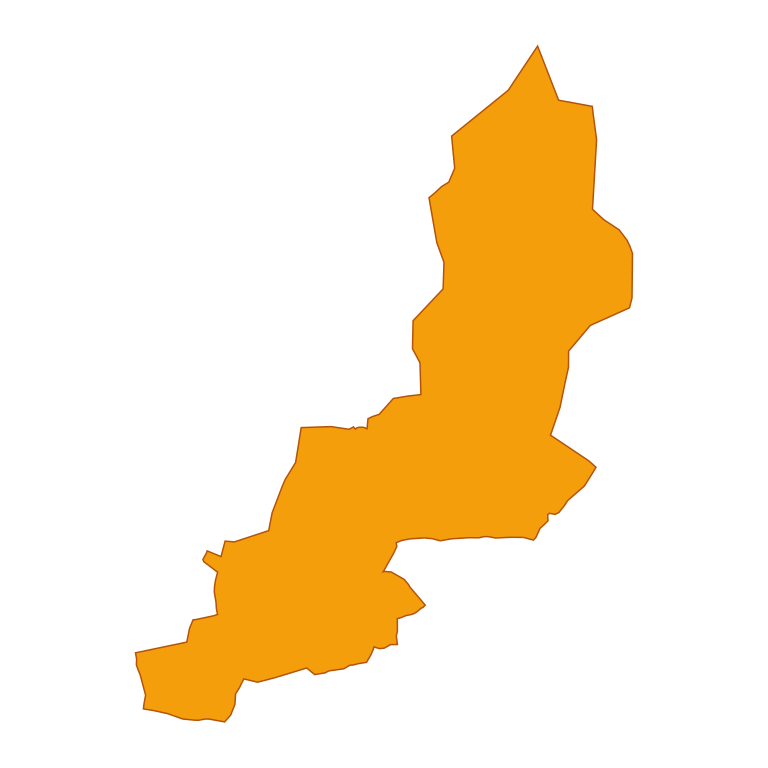 Dunukofia, Anambra, Nigeria
{"feature_id": "59680162B76413580563978", "entity_name": "Dunukofia", "entity_type": "district", "adm_level": 2, "iso_a3": "NGA", "parent_name": "Nigeria", "parent_adm1": "Anambra", "projection": "orthographic", "projection_center": [6.949, 6.223], "detail": "fine", "context": "isolated", "style": "filled", "palette": "amber", "viewbox_px": 768, "rotation_deg": 0, "n_neighbors": 0, "source": "geoboundaries", "source_scale": "gbopen_adm2", "svg_char_len": 2110}
<svg xmlns="http://www.w3.org/2000/svg" viewBox="0 0 768 768"><path d="M135.5,652.8L136.6,659.1L136.4,664.9L137.8,669.0L140.2,674.9L142.9,685.0L145.6,695.2L144.0,703.9L143.4,708.9L153.3,710.5L167.8,713.7L182.7,719.0L193.9,720.1L198.3,720.3L205.4,719.0L209.2,719.1L224.6,721.9L230.6,715.2L234.9,704.5L235.6,693.8L239.3,688.0L243.8,678.9L257.5,682.2L274.2,677.9L306.7,668.0L314.7,674.6L325.0,672.9L328.9,670.9L343.8,668.8L349.9,665.2L353.2,665.0L358.6,663.6L366.2,662.4L366.6,662.2L370.9,654.8L373.3,649.4L373.9,646.9L379.4,648.6L384.1,648.2L388.5,645.8L390.5,644.6L397.4,644.5L396.3,636.0L397.4,631.3L397.3,618.5L399.5,618.2L406.3,615.5L411.0,614.6L414.0,613.6L416.7,612.0L421.2,608.2L422.9,607.5L425.2,605.1L409.6,586.7L408.8,584.9L404.2,579.4L391.2,572.0L384.6,571.4L383.2,571.8L393.8,553.0L396.8,546.5L396.2,542.7L401.7,540.5L409.8,538.9L424.4,537.9L432.4,538.7L440.2,540.8L451.6,538.8L462.8,538.1L469.2,537.7L479.0,537.8L484.1,536.6L488.6,536.7L495.5,538.0L510.5,537.3L523.5,537.4L533.4,540.1L535.8,537.6L538.8,531.2L539.8,528.6L545.0,523.8L548.0,520.8L547.7,514.5L549.6,513.3L555.0,514.4L558.9,512.5L564.7,505.2L567.6,500.6L584.4,486.0L590.9,475.7L596.0,467.3L589.0,461.0L550.5,435.2L560.0,407.4L564.7,384.5L568.5,367.2L568.6,351.1L590.3,325.4L629.5,307.8L632.0,298.0L632.5,253.5L629.8,246.0L627.0,240.2L619.2,229.9L603.8,219.7L592.5,209.3L596.6,139.6L593.2,114.2L592.3,106.4L558.6,100.2L537.6,46.1L508.2,90.3L451.6,136.1L454.7,168.3L448.8,182.1L441.7,186.5L434.5,193.2L429.0,197.7L436.8,242.5L444.0,262.4L443.1,288.9L413.1,320.7L412.5,348.7L420.0,362.8L420.9,394.6L408.2,396.0L393.3,398.5L379.1,414.4L372.4,416.6L368.0,418.7L367.0,428.7L363.5,427.3L359.3,427.2L356.9,427.8L355.3,429.1L353.5,426.9L349.1,429.3L331.1,426.6L301.2,427.6L295.6,462.5L285.2,479.5L282.1,486.7L272.1,512.9L268.7,530.6L234.4,541.9L225.1,541.1L221.0,556.6L207.2,550.9L205.9,554.2L204.5,556.5L202.9,559.6L203.8,561.7L217.6,572.2L215.4,580.7L214.5,586.7L214.3,592.1L216.0,602.1L216.4,608.7L217.5,614.5L213.5,615.8L195.6,619.6L193.1,619.8L189.6,628.1L186.8,642.1L135.5,652.8Z" fill="#f59e0b" stroke="#b45309" stroke-width="1.5"/></svg>